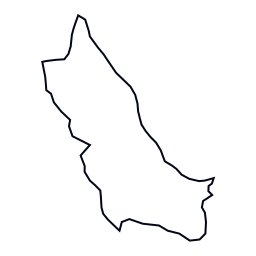 the district of Gerani, Cyprus
{"feature_id": "46923920B71486587223903", "entity_name": "Gerani", "entity_type": "district", "adm_level": 2, "iso_a3": "CYP", "parent_name": "Cyprus", "parent_adm1": "", "projection": "orthographic", "projection_center": [33.922, 35.367], "detail": "fine", "context": "isolated", "style": "outline", "palette": "ink", "viewbox_px": 256, "rotation_deg": 0, "n_neighbors": 0, "source": "geoboundaries", "source_scale": "gbopen_adm2", "svg_char_len": 984}
<svg xmlns="http://www.w3.org/2000/svg" viewBox="0 0 256 256"><path d="M42.3,61.9L45.2,76.8L45.8,83.2L46.3,90.2L51.0,93.7L53.9,102.4L61.4,111.7L70.1,119.9L69.0,126.3L72.5,136.2L84.1,142.1L89.9,145.0L80.6,155.5L84.7,166.0L84.6,171.8L89.9,180.6L95.1,185.2L100.3,190.5L100.9,196.9L101.5,207.4L103.2,213.8L107.9,219.6L119.5,230.7L121.8,222.0L129.4,219.1L142.7,223.7L159.0,225.5L167.7,230.7L179.3,233.6L189.8,240.6L199.6,239.5L205.4,233.6L206.0,222.0L204.9,212.6L201.9,207.4L203.1,201.0L212.2,195.0L208.4,191.2L208.6,186.0L211.9,183.6L213.7,178.1L211.2,178.8L204.8,180.6L199.0,181.1L189.2,178.8L181.6,174.7L176.4,168.9L171.7,165.4L164.8,161.3L160.7,150.2L156.1,142.7L150.3,136.8L145.6,131.0L141.5,124.6L139.8,118.2L138.1,111.2L137.5,103.6L135.2,94.8L130.5,86.7L116.0,72.7L107.3,59.9L103.8,54.6L98.0,47.6L89.9,36.5L88.7,30.7L85.2,19.6L78.2,15.4L76.0,21.4L73.6,28.4L71.9,34.8L70.7,46.4L68.4,54.0L64.3,59.3L56.2,59.8L46.4,61.0L42.3,61.9Z" fill="none" stroke="#020617" stroke-width="2"/></svg>